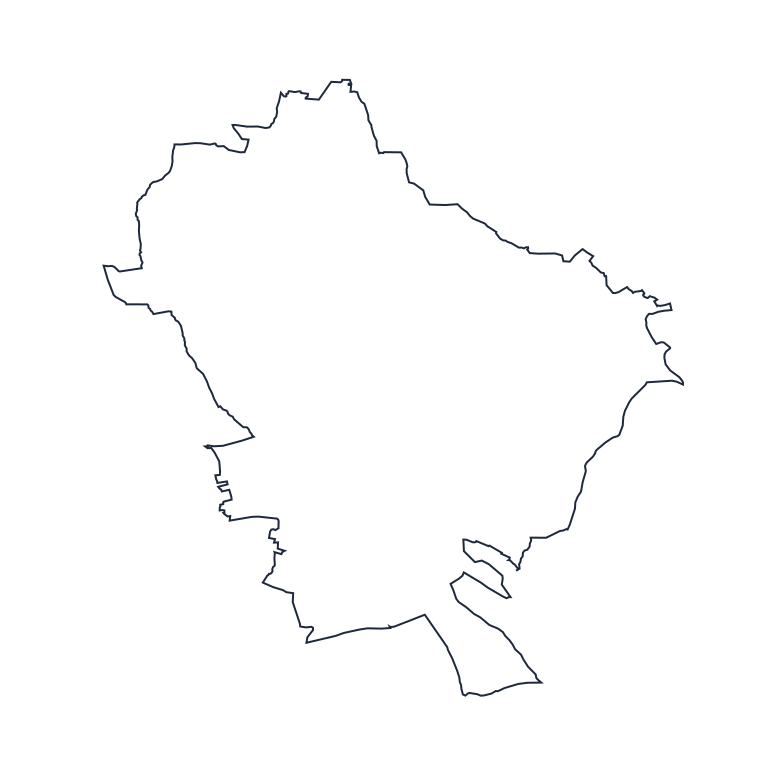 Madulari, Vâlcea, Romania (Natural Earth projection), rotated 9°
{"feature_id": "2599482B97246339752941", "entity_name": "Madulari", "entity_type": "district", "adm_level": 2, "iso_a3": "ROU", "parent_name": "Romania", "parent_adm1": "Vâlcea", "projection": "natural_earth1", "projection_center": [24.096, 44.675], "detail": "fine", "context": "isolated", "style": "outline", "palette": "slate", "viewbox_px": 768, "rotation_deg": 9, "n_neighbors": 0, "source": "geoboundaries", "source_scale": "gbopen_adm2", "svg_char_len": 6148}
<svg xmlns="http://www.w3.org/2000/svg" viewBox="0 0 768 768"><g transform="rotate(9 384 384)"><path d="M513.1,679.0L515.2,676.6L516.6,675.8L524.8,675.8L528.2,676.7L531.4,676.0L538.5,673.0L542.5,669.7L544.4,669.7L550.5,665.5L563.4,659.3L572.2,656.7L586.0,654.3L581.5,651.5L580.4,650.4L579.3,647.2L570.6,640.8L564.8,634.3L561.7,629.9L554.9,625.4L551.8,621.2L548.0,617.4L543.0,613.7L540.3,610.5L535.0,607.8L525.7,605.5L515.7,599.5L508.7,596.9L500.1,591.6L491.9,587.7L489.0,584.9L484.6,576.6L481.0,571.0L488.4,564.6L491.5,561.1L492.3,557.6L511.4,565.3L518.1,568.8L534.8,575.3L538.5,576.4L540.8,574.9L542.3,574.7L531.7,563.7L531.7,557.6L530.9,554.8L515.8,545.6L508.2,543.1L501.7,545.7L489.1,536.6L486.7,525.2L489.8,524.9L496.2,526.4L498.4,526.2L499.6,525.5L499.8,524.7L512.6,527.8L513.3,527.1L526.8,532.3L526.4,533.3L535.4,535.8L535.2,538.0L534.6,538.5L536.2,538.5L540.0,541.4L541.2,541.7L545.4,545.7L543.8,547.8L546.8,545.1L545.6,540.8L546.5,538.8L546.6,535.0L547.9,532.7L547.6,528.7L549.0,526.5L551.4,525.3L553.3,521.8L553.0,518.7L553.9,515.7L552.9,512.8L568.2,510.5L580.7,501.7L583.6,500.8L587.0,498.7L588.1,499.0L589.5,493.9L592.1,477.4L591.5,471.1L592.9,465.1L595.4,459.5L595.6,449.6L596.9,439.5L596.9,438.2L595.4,433.8L595.7,431.9L596.7,429.6L601.8,423.0L603.2,419.8L603.6,417.2L604.8,415.3L611.9,407.1L618.4,401.1L622.7,399.1L624.3,397.5L626.3,387.9L625.5,378.9L626.2,372.7L629.1,363.5L631.0,359.5L642.2,344.2L643.4,341.2L667.9,335.7L672.7,335.9L679.4,337.8L679.1,335.8L678.2,334.4L674.7,331.1L664.6,325.9L659.1,320.6L656.8,314.2L656.5,310.8L657.5,307.9L661.0,304.0L660.8,303.1L653.8,299.2L651.1,299.4L646.6,301.9L640.8,295.5L635.2,287.9L633.9,285.2L633.5,282.2L632.3,279.0L633.1,276.1L634.7,273.3L638.1,272.8L643.8,269.7L649.3,267.8L656.4,266.0L653.9,259.7L649.2,262.1L644.5,263.7L642.1,263.6L641.6,264.3L638.0,260.1L640.6,258.0L637.7,256.4L632.8,255.7L631.0,257.9L627.8,257.3L626.2,256.0L626.0,255.0L626.9,254.2L626.8,253.5L624.1,250.9L623.3,251.9L617.1,253.8L615.7,255.1L614.1,253.4L610.9,252.1L608.9,250.2L601.4,256.5L598.2,258.0L595.9,258.3L588.4,251.6L586.5,242.7L585.0,243.0L583.7,240.1L580.7,239.9L575.3,236.1L571.6,234.5L569.7,231.7L567.7,230.3L570.6,225.0L564.4,222.5L559.0,219.7L552.3,227.3L548.4,234.1L542.0,234.7L539.8,229.2L532.6,228.3L515.6,231.2L507.5,231.9L504.4,228.8L505.2,227.7L504.9,226.4L502.7,226.8L501.0,228.1L498.4,227.7L495.9,228.2L487.8,225.0L483.7,224.3L481.7,223.3L479.2,223.5L475.9,222.2L471.1,217.7L471.2,216.3L461.7,212.2L458.5,209.7L446.2,206.7L442.8,204.7L439.1,201.4L433.5,198.5L428.5,194.9L416.8,197.6L401.1,199.6L395.4,192.7L392.5,186.6L382.4,181.4L377.2,180.9L373.5,172.4L372.7,168.3L373.0,165.3L371.7,162.0L370.0,158.9L364.7,152.5L347.7,155.0L347.3,156.0L344.6,156.1L343.1,156.9L339.6,150.2L338.7,145.1L335.1,140.2L331.4,132.1L331.0,130.3L327.4,126.0L326.3,121.0L320.8,110.3L317.7,108.8L314.5,105.0L311.9,100.0L308.8,99.8L305.2,100.7L304.8,94.1L302.2,94.1L302.0,93.3L302.3,92.8L304.6,92.4L302.7,89.0L295.1,90.1L295.2,91.3L294.0,92.8L284.6,93.8L275.2,113.3L262.0,114.4L261.9,113.4L263.6,111.8L263.5,109.3L256.9,109.5L256.3,109.3L256.0,108.2L254.6,108.1L250.4,109.6L244.4,109.6L243.9,110.1L243.8,112.1L242.2,112.8L242.6,114.9L242.0,115.5L240.0,115.4L236.6,112.4L236.1,121.4L234.9,128.4L235.9,131.9L235.7,137.0L234.2,139.4L234.2,141.9L233.6,143.6L232.0,144.9L232.0,146.1L230.8,148.4L227.0,149.7L219.3,149.4L208.7,151.2L196.5,151.4L193.9,151.9L195.6,154.8L201.2,159.8L205.3,164.3L212.0,163.8L211.6,170.2L210.0,176.8L205.5,177.7L194.1,177.1L188.5,174.1L183.0,175.3L180.9,174.4L180.4,173.3L179.4,172.9L174.5,174.8L165.0,174.9L159.7,175.6L146.0,179.2L139.6,180.1L139.8,183.4L139.2,185.8L139.4,192.8L140.3,197.0L140.3,201.7L139.5,206.4L138.5,208.8L135.2,212.4L132.9,216.3L128.0,219.4L124.5,220.6L123.4,221.7L121.8,223.9L121.7,226.2L119.9,229.0L118.7,234.6L117.1,235.2L115.5,237.0L115.3,238.3L113.7,239.8L111.8,243.4L112.3,244.9L112.4,249.3L113.0,250.7L112.2,254.8L113.0,256.9L114.4,257.8L115.0,260.4L116.4,261.4L117.4,265.7L117.9,270.8L119.8,278.4L121.9,283.8L122.4,288.6L122.0,290.2L123.5,291.9L122.3,293.2L122.3,294.7L123.5,295.9L124.9,299.7L126.5,301.8L125.6,305.2L126.6,307.5L105.5,314.2L104.2,314.0L99.7,310.7L96.9,309.9L92.7,310.9L88.6,311.0L94.9,324.3L103.1,338.4L105.4,340.0L115.0,343.5L116.2,344.2L117.0,345.6L137.8,342.4L138.9,343.2L139.6,345.7L141.2,346.5L142.1,348.0L143.8,349.0L145.3,351.0L159.8,345.9L162.7,345.8L163.4,349.1L167.1,351.4L167.4,352.6L168.5,353.8L171.1,354.7L174.3,358.3L177.1,365.0L177.6,367.7L179.6,370.1L180.1,372.5L180.9,373.7L181.2,377.0L183.5,379.8L183.9,382.6L186.9,386.3L190.4,388.5L194.4,392.7L196.6,397.7L203.6,402.2L208.7,409.1L211.9,415.0L215.5,419.9L218.4,425.1L224.2,432.7L225.8,431.6L228.9,434.3L232.8,435.0L233.6,435.6L234.7,437.8L236.4,439.0L239.8,440.0L241.4,442.3L251.6,448.6L255.6,448.3L257.6,450.0L259.0,452.4L261.1,454.2L261.6,455.3L263.6,456.5L252.5,462.2L234.7,470.2L225.9,472.1L219.7,472.2L219.9,472.9L217.1,473.6L219.8,475.0L223.4,474.2L227.4,478.2L233.4,486.2L235.9,496.6L236.0,499.5L231.7,500.6L233.2,504.4L234.4,506.0L234.9,507.8L244.1,504.8L245.2,507.6L236.3,511.5L238.3,513.3L239.8,513.8L240.6,515.5L247.7,512.7L250.7,518.9L251.6,522.0L244.1,525.3L243.7,525.8L244.0,527.8L241.1,528.9L241.6,530.0L241.1,531.3L241.5,534.6L243.8,533.8L246.1,533.8L246.5,535.9L245.5,536.4L246.4,537.2L250.1,539.3L252.8,538.5L252.9,543.1L274.3,535.9L280.9,534.6L299.5,533.7L300.9,534.8L301.4,536.0L302.3,543.0L299.6,545.3L297.5,544.7L295.4,545.5L294.6,547.7L294.5,554.1L300.6,554.2L300.2,557.9L304.1,557.0L304.8,563.2L312.0,564.3L309.8,565.9L309.3,568.1L302.1,567.2L302.7,568.3L303.0,573.4L304.4,579.3L304.4,580.5L303.0,582.2L302.6,584.5L303.2,586.1L302.5,588.2L301.4,589.3L300.1,589.4L299.6,590.9L298.8,591.3L295.4,599.1L306.0,601.9L316.5,603.4L320.0,604.9L327.0,604.8L328.0,613.7L338.5,634.1L339.2,636.6L345.0,636.6L350.2,635.2L352.0,635.9L352.4,638.1L348.0,646.0L347.9,651.7L376.0,640.2L383.2,636.2L397.8,630.5L405.8,627.9L419.8,626.0L428.4,624.0L427.5,622.6L428.5,623.0L432.0,622.1L460.4,605.5L487.6,634.0L488.8,636.7L494.6,644.8L501.4,656.3L504.3,662.1L505.6,666.7L507.2,669.2L508.2,673.2L510.5,678.3L513.1,679.0Z" fill="none" stroke="#1e293b" stroke-width="2"/></g></svg>